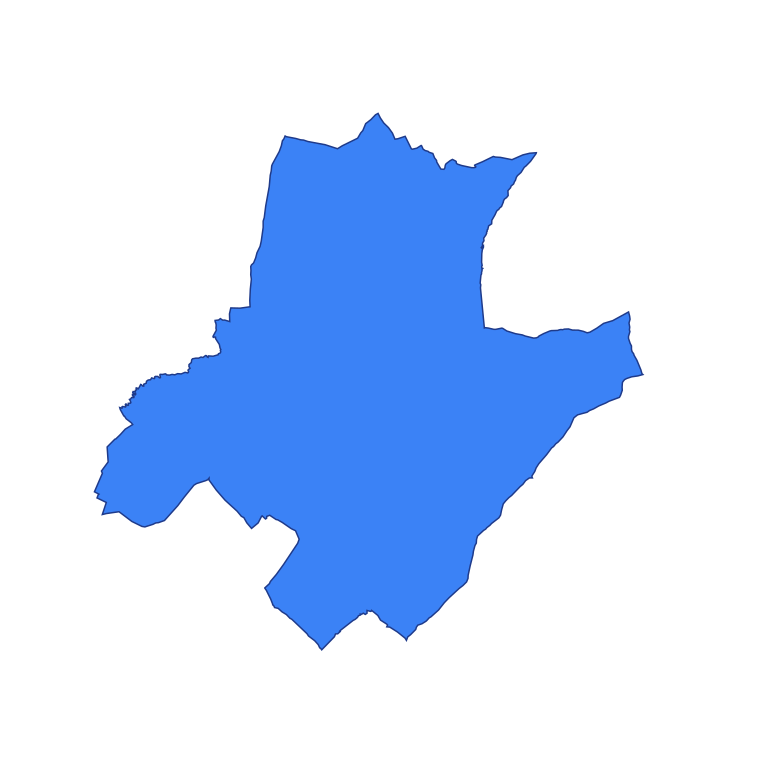 Bara, Timis, Romania (Natural Earth projection), rotated 21°
{"feature_id": "2599482B38713319059760", "entity_name": "Bara", "entity_type": "district", "adm_level": 2, "iso_a3": "ROU", "parent_name": "Romania", "parent_adm1": "Timis", "projection": "natural_earth1", "projection_center": [21.891, 45.906], "detail": "fine", "context": "isolated", "style": "filled", "palette": "blue", "viewbox_px": 768, "rotation_deg": 21, "n_neighbors": 0, "source": "geoboundaries", "source_scale": "gbopen_adm2", "svg_char_len": 6170}
<svg xmlns="http://www.w3.org/2000/svg" viewBox="0 0 768 768"><g transform="rotate(21 384 384)"><path d="M421.1,654.5L428.3,637.7L428.3,634.7L430.3,633.8L431.8,630.8L431.2,630.6L431.8,629.3L439.9,615.8L441.4,614.1L442.9,611.4L443.2,609.5L444.8,608.1L444.3,607.3L445.7,606.9L446.8,605.4L449.1,605.8L450.3,604.1L449.3,601.5L452.9,601.1L453.4,600.8L453.5,599.8L455.2,600.3L461.2,602.3L465.4,605.7L472.7,607.2L473.7,607.7L473.6,609.7L476.5,608.9L485.4,610.7L494.7,613.7L496.8,615.3L496.8,611.6L498.6,608.6L501.6,601.8L501.4,599.4L502.0,597.0L505.4,594.2L508.5,590.0L510.0,586.1L511.3,584.5L515.9,575.5L518.7,566.5L521.4,560.1L527.4,548.0L529.9,543.9L532.0,539.2L532.1,535.4L531.1,532.4L529.6,522.8L528.3,511.8L527.4,508.0L526.8,502.2L527.2,499.5L526.1,496.0L525.8,492.4L529.5,484.9L530.9,483.1L531.5,481.2L533.5,478.0L534.4,475.7L539.2,467.8L539.8,464.7L538.9,459.3L538.3,453.2L539.5,449.5L541.3,445.3L543.1,442.3L547.8,431.1L549.6,427.9L550.8,423.5L553.4,419.6L556.2,418.5L555.4,417.7L555.1,416.5L556.1,411.6L556.1,407.7L557.1,402.9L561.2,391.5L563.4,383.6L564.7,381.6L565.8,378.2L567.3,375.9L570.0,369.3L571.6,362.0L573.0,357.3L573.4,347.5L575.8,343.4L583.8,337.5L585.4,335.1L588.6,332.1L592.4,327.5L597.9,322.2L600.3,319.4L608.6,312.1L608.9,309.6L608.7,304.5L607.4,301.6L606.1,297.3L606.2,296.2L607.0,293.7L608.7,291.8L612.7,288.5L618.1,285.5L622.3,282.4L621.1,281.9L618.7,278.7L611.6,271.2L607.2,267.6L606.2,266.3L603.9,264.8L602.6,262.9L601.4,259.8L599.2,257.8L595.9,253.8L595.2,251.9L594.8,247.0L593.7,245.5L593.0,242.8L590.9,239.3L590.5,235.4L589.0,232.6L586.5,229.1L574.8,242.9L567.3,248.7L562.6,255.7L557.6,261.9L555.3,263.4L551.3,263.4L546.1,264.1L540.7,266.1L536.5,266.5L532.8,268.1L531.1,269.4L529.7,269.7L528.1,270.7L527.0,271.7L521.1,274.2L519.7,275.2L514.9,279.8L511.5,283.7L511.0,285.0L509.7,286.3L507.3,287.5L498.8,288.6L495.5,288.6L488.8,289.9L479.7,290.5L474.8,289.5L473.8,289.7L468.8,292.9L467.0,293.6L461.3,294.4L458.1,295.2L457.6,295.7L439.6,259.7L438.8,256.7L437.6,255.3L435.5,247.7L435.6,246.2L435.1,245.0L434.9,243.0L434.4,242.1L434.8,240.7L433.7,240.7L433.0,239.0L433.2,238.2L431.5,235.4L428.6,227.3L427.7,223.6L427.8,220.5L427.4,219.6L426.7,222.2L425.9,221.9L426.4,219.9L425.5,217.0L426.0,214.5L424.8,212.1L425.7,208.4L425.8,206.4L425.3,205.5L425.6,204.5L425.1,203.3L425.5,202.5L425.0,198.9L427.1,195.9L426.0,192.5L427.0,186.2L427.2,182.5L427.6,181.1L428.5,180.1L428.9,178.2L430.1,176.2L430.2,171.1L429.9,170.5L430.2,168.2L431.6,166.1L432.4,163.6L430.4,159.1L431.8,155.4L431.7,153.7L433.3,150.8L433.3,148.4L433.7,146.8L433.5,143.7L433.9,141.7L436.1,137.4L437.3,131.4L438.4,129.6L441.0,123.6L443.4,114.4L443.3,113.5L437.4,116.3L431.6,120.3L423.1,128.7L411.5,130.7L406.7,132.2L404.5,132.4L396.4,141.1L390.5,146.8L390.2,147.3L390.5,147.7L391.9,148.4L391.7,149.0L390.5,149.8L388.4,150.6L378.2,152.2L373.7,152.4L372.5,152.0L371.7,150.5L371.1,150.2L367.4,149.8L365.7,151.8L363.0,156.2L362.8,157.7L363.4,160.6L363.0,162.1L360.1,163.0L353.7,157.9L352.9,156.4L350.2,154.8L347.0,151.3L343.2,151.5L341.7,151.0L338.7,151.3L336.3,150.7L333.7,148.1L333.2,148.0L330.1,152.1L326.2,154.7L325.1,154.5L315.0,145.2L309.0,150.1L306.5,151.5L302.0,146.8L296.4,143.1L290.2,140.4L285.2,136.9L281.5,133.5L279.6,135.7L277.0,141.9L273.6,147.5L273.4,155.0L272.3,157.9L271.3,164.0L259.7,176.5L256.3,181.0L243.3,181.7L226.0,184.9L221.5,185.1L218.7,185.9L213.6,186.4L204.3,188.1L202.8,187.9L202.7,191.0L202.0,193.3L202.8,198.4L202.9,204.6L201.0,218.7L201.0,220.6L202.4,225.7L203.0,229.9L206.1,240.8L209.8,260.3L212.6,271.7L212.8,275.2L215.1,281.2L218.2,294.6L219.0,299.9L218.4,306.9L219.0,312.3L218.9,317.0L218.8,317.9L217.6,320.3L217.5,322.1L219.2,325.9L220.4,329.7L222.6,333.7L225.2,343.3L228.8,354.2L231.3,359.9L222.4,364.8L213.7,367.9L214.6,373.9L217.6,381.0L212.4,381.4L210.5,382.2L207.8,381.6L206.7,383.5L203.5,385.2L204.2,386.6L204.9,387.0L206.2,389.1L207.1,392.1L208.2,393.8L207.3,400.7L207.5,401.3L208.1,401.6L209.0,400.8L210.0,400.7L210.4,401.9L216.1,406.1L218.0,409.1L219.3,410.3L219.1,411.1L219.9,412.2L220.1,413.2L219.9,413.9L218.6,415.1L218.7,416.1L214.5,419.3L210.0,420.7L210.2,422.2L209.3,422.1L208.0,421.2L207.2,421.4L205.5,424.1L203.5,424.4L201.7,426.3L198.9,427.4L196.2,429.1L195.8,430.4L196.4,433.0L195.0,435.7L195.7,437.7L197.3,438.8L196.1,440.8L196.2,441.6L197.1,442.4L197.2,443.3L196.8,444.0L194.1,444.4L191.0,447.3L187.6,448.3L185.4,450.4L182.7,451.0L180.5,452.6L177.7,453.4L176.7,452.8L176.2,452.9L173.9,454.4L171.6,455.2L171.5,455.9L172.9,457.8L172.8,458.4L172.1,458.7L170.1,458.0L167.8,458.9L167.4,459.5L167.8,460.6L167.6,461.3L164.9,461.6L164.5,463.7L162.4,464.8L161.3,466.5L161.7,468.5L159.8,470.3L160.4,472.1L159.4,472.4L157.8,471.6L157.0,471.6L156.7,474.9L156.2,476.7L154.6,476.2L154.0,476.7L155.0,478.2L154.1,479.1L154.7,480.5L152.5,480.9L152.4,481.8L152.7,482.4L153.9,482.6L155.6,482.0L155.9,482.6L155.6,483.4L153.0,484.1L153.5,485.1L155.2,485.5L155.3,486.3L153.2,487.2L152.8,488.8L151.9,489.6L153.4,490.8L154.3,492.1L154.2,492.7L152.2,493.7L153.0,495.2L152.9,495.6L151.8,495.9L150.7,495.1L150.0,495.3L149.9,496.0L151.1,497.7L150.9,498.1L147.9,498.7L147.6,499.1L148.2,500.2L148.0,500.5L145.7,500.7L147.0,502.4L152.6,507.1L153.2,507.0L155.8,508.9L162.1,510.8L163.9,511.9L158.6,518.9L156.0,525.6L153.3,531.4L152.5,532.0L148.1,542.0L154.4,555.6L151.4,566.5L153.1,568.3L152.3,588.4L157.3,589.0L156.9,589.7L156.9,593.2L167.2,594.1L167.8,606.8L171.3,604.4L182.4,598.2L197.9,602.7L209.1,603.7L212.0,603.1L218.6,597.8L220.7,595.5L223.1,594.3L228.0,590.1L235.1,571.4L238.0,561.3L242.8,546.6L244.7,544.1L252.2,538.1L253.7,536.6L254.4,534.6L255.0,536.3L265.4,543.1L277.2,549.4L292.5,555.4L298.2,558.6L301.1,559.0L305.7,562.8L312.1,566.3L316.3,558.8L317.1,551.5L317.5,550.8L321.7,552.5L322.5,551.5L322.0,549.6L324.4,547.5L331.8,549.2L333.4,548.9L338.6,549.7L349.3,552.3L354.0,552.7L360.4,559.3L360.5,563.6L354.9,588.5L351.7,600.5L348.7,609.1L348.6,611.4L345.8,617.1L346.0,617.4L348.0,618.7L355.3,625.4L359.2,629.7L359.2,630.0L361.1,630.9L361.9,631.9L365.6,631.4L370.5,633.3L375.5,634.2L380.1,636.4L382.3,636.7L401.6,644.7L403.8,646.3L411.3,648.5L416.0,650.9L418.6,653.4L419.4,653.4L421.1,654.5Z" fill="#3b82f6" stroke="#1e3a8a" stroke-width="1.5"/></g></svg>